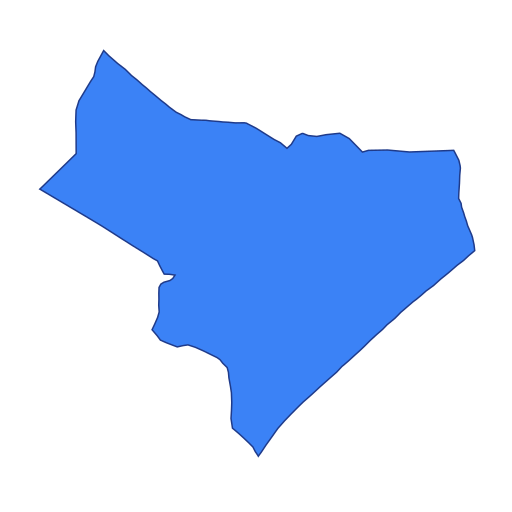 Al-Ramadi, Al-Anbar, Iraq, rotated 272°
{"feature_id": "34846034B54493291917017", "entity_name": "Al-Ramadi", "entity_type": "district", "adm_level": 2, "iso_a3": "IRQ", "parent_name": "Iraq", "parent_adm1": "Al-Anbar", "projection": "natural_earth1", "projection_center": [43.152, 33.24], "detail": "fine", "context": "isolated", "style": "filled", "palette": "blue", "viewbox_px": 512, "rotation_deg": 272, "n_neighbors": 0, "source": "geoboundaries", "source_scale": "gbopen_adm2", "svg_char_len": 2319}
<svg xmlns="http://www.w3.org/2000/svg" viewBox="0 0 512 512"><g transform="rotate(272 256 256)"><path d="M368.5,449.9L368.0,443.4L365.3,405.8L366.5,383.8L365.5,364.7L363.6,358.8L363.8,358.5L368.5,353.6L376.6,345.1L381.6,335.5L379.7,321.9L377.6,312.6L378.2,304.0L380.1,298.6L380.0,297.7L377.2,292.1L368.8,287.4L364.7,283.2L370.0,276.5L373.1,270.0L383.7,251.7L387.8,243.0L388.4,241.9L388.7,239.7L388.3,230.7L388.7,223.6L388.8,217.9L389.1,214.4L389.3,209.5L389.5,204.9L389.9,201.2L389.8,196.5L389.9,191.3L390.0,185.9L390.2,185.6L392.6,179.9L394.7,176.1L396.9,171.2L401.8,164.1L404.7,160.5L408.2,155.6L413.0,149.5L416.8,144.5L420.0,140.7L423.4,136.2L427.7,131.1L432.0,125.3L438.0,118.8L443.5,111.1L451.0,101.9L456.0,96.6L445.0,91.1L439.5,89.1L434.3,88.6L429.6,87.6L424.7,84.6L409.9,76.4L404.9,73.6L402.9,73.1L395.6,71.1L390.3,71.1L384.0,71.1L376.9,71.6L372.7,71.9L352.0,72.7L339.5,60.8L323.5,45.5L319.7,41.9L315.3,37.6L286.7,89.9L280.7,100.7L274.7,110.9L268.1,122.0L261.6,133.1L256.7,141.7L252.4,149.1L249.8,153.5L247.7,157.7L242.8,160.2L237.5,163.2L234.7,164.9L234.7,170.2L234.1,175.7L230.6,173.6L228.5,170.9L226.6,164.9L224.6,161.9L221.2,160.2L215.2,160.2L209.1,160.5L203.5,160.5L196.7,161.2L191.1,159.8L184.5,157.2L178.9,154.8L178.7,154.7L172.8,160.1L168.6,163.4L166.2,169.4L164.3,174.9L162.4,180.5L163.9,186.2L164.8,191.1L162.6,198.7L159.4,206.6L156.4,213.3L153.1,220.7L151.1,223.7L147.7,226.5L143.5,231.1L138.8,232.5L133.2,233.2L124.9,235.0L118.5,236.2L108.7,236.9L100.5,236.9L92.7,236.7L86.9,237.8L83.1,238.5L78.0,245.0L74.5,249.1L69.4,254.9L65.0,259.6L60.5,262.1L56.4,265.1L56.0,265.3L60.1,268.1L67.6,272.7L75.7,278.1L84.4,283.8L92.3,290.3L99.0,296.3L105.8,302.6L107.4,304.1L111.6,308.1L120.1,317.1L126.9,323.9L134.8,332.2L142.8,340.7L148.7,345.8L150.4,347.8L154.1,351.8L159.8,357.6L165.2,363.2L169.7,367.6L175.6,373.1L181.8,379.4L187.1,385.1L191.8,389.3L198.5,396.9L204.8,402.7L209.5,407.8L215.7,414.5L218.5,418.0L222.8,422.8L227.0,427.2L232.8,434.6L239.4,441.4L245.8,448.8L253.9,457.5L258.8,463.6L263.9,468.7L269.0,474.4L274.9,473.5L282.1,471.7L284.6,470.8L290.1,468.2L293.6,466.5L298.3,465.0L302.7,463.2L306.4,462.0L311.9,459.8L315.8,459.1L320.5,456.5L326.0,456.5L335.9,456.8L343.8,456.8L351.0,457.2L353.5,456.8L358.7,455.4L366.1,451.3L368.5,449.9Z" fill="#3b82f6" stroke="#1e3a8a" stroke-width="1.5"/></g></svg>